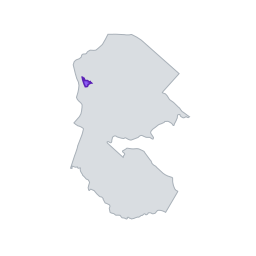 location of Pemba, Southern, Zambia, rotated 132°
{"feature_id": "96606910B89551378676560", "entity_name": "Pemba", "entity_type": "district", "adm_level": 2, "iso_a3": "ZMB", "parent_name": "Zambia", "parent_adm1": "Southern", "projection": "equal_earth", "projection_center": [27.31, -16.765], "detail": "fine", "context": "in_parent", "style": "filled", "palette": "violet", "viewbox_px": 256, "rotation_deg": 132, "n_neighbors": 0, "source": "geoboundaries", "source_scale": "gbopen_adm2", "svg_char_len": 5005}
<svg xmlns="http://www.w3.org/2000/svg" viewBox="0 0 256 256"><g transform="rotate(132 128 128)"><path d="M160.4,171.6L152.0,171.7L148.9,172.5L146.4,173.9L143.4,176.0L141.6,177.5L141.2,178.3L140.9,180.1L140.9,182.9L140.6,184.9L139.7,186.8L135.1,189.0L132.1,190.8L129.2,192.9L127.0,195.7L125.5,199.2L122.9,203.4L117.7,211.0L114.6,212.4L112.1,212.1L109.0,210.5L106.6,210.2L104.8,211.2L103.1,210.9L101.6,209.3L100.3,208.7L99.2,209.1L97.9,209.0L95.5,208.2L93.3,205.5L92.2,204.4L91.3,203.9L88.8,203.5L83.0,202.9L77.0,204.2L71.8,205.6L66.3,199.6L61.1,193.2L60.0,191.6L58.0,189.4L56.6,188.4L56.1,187.9L54.6,182.2L53.8,177.0L53.4,126.4L77.1,126.4L78.7,126.2L78.7,125.7L77.6,123.0L77.7,122.0L77.9,120.2L79.0,116.5L79.0,115.3L78.5,111.3L78.6,109.1L78.8,104.5L78.7,103.0L79.2,101.0L79.4,99.6L79.6,99.0L79.3,97.5L78.8,92.1L78.5,89.8L80.0,90.2L80.5,91.3L80.7,92.5L81.4,92.6L83.1,93.3L83.7,94.3L84.1,96.5L83.8,97.6L83.3,98.4L83.8,99.2L85.0,99.8L85.6,99.6L87.6,98.1L89.3,97.6L90.2,97.2L94.2,96.2L94.9,95.7L95.5,95.7L95.9,96.1L95.5,97.7L95.4,99.0L95.9,101.6L96.3,102.8L97.1,103.6L97.7,104.1L98.4,105.0L99.7,104.9L102.7,106.2L103.7,106.8L104.9,107.4L105.8,107.6L108.9,108.1L112.2,108.8L113.9,108.8L115.1,108.7L116.0,108.3L116.5,107.9L116.7,107.5L118.0,102.7L118.6,102.3L119.4,102.0L119.9,102.5L120.4,105.5L122.8,108.3L123.6,110.6L124.2,112.6L124.7,113.2L125.6,113.8L127.0,114.1L128.3,114.2L134.7,117.5L135.4,118.2L136.2,120.0L136.6,122.0L137.1,123.6L138.0,123.9L138.7,124.1L139.4,125.2L140.0,126.1L141.9,130.1L142.1,131.7L143.0,132.8L144.3,133.2L145.4,133.3L146.1,132.8L147.7,132.0L149.0,131.0L149.9,130.7L150.5,130.9L150.9,131.5L151.2,133.5L152.1,134.2L152.7,133.9L153.0,133.2L153.0,132.8L153.1,111.9L152.5,112.1L151.7,112.7L150.0,112.7L149.4,113.2L149.2,113.8L149.3,114.7L149.3,115.9L149.1,116.4L148.3,116.7L147.3,116.2L145.3,115.6L143.7,115.3L142.6,113.7L141.0,111.3L140.0,110.1L137.5,107.7L137.1,107.2L136.3,106.0L135.7,104.1L135.0,101.8L134.7,100.4L135.3,98.2L136.8,90.9L137.1,88.7L138.3,86.4L138.4,84.3L137.9,81.7L138.1,80.2L138.2,71.9L137.9,69.3L137.1,66.4L135.3,62.3L135.3,61.4L138.1,58.8L138.9,57.8L140.4,55.7L141.3,53.9L142.0,52.4L142.2,50.5L141.7,48.7L142.7,48.3L165.5,43.6L165.8,44.9L166.5,46.9L167.3,48.5L168.3,49.8L169.1,50.6L169.7,50.9L173.2,50.8L174.5,51.6L175.5,52.6L175.8,54.2L176.5,55.2L177.3,56.0L177.7,56.1L178.2,55.9L179.2,55.9L180.0,56.2L180.5,56.6L180.5,57.9L180.8,58.5L181.9,58.7L183.2,58.8L184.3,59.7L185.6,59.9L187.0,60.3L187.7,61.2L189.3,62.2L191.2,63.1L193.3,64.6L193.3,65.1L193.6,65.9L194.0,66.5L194.0,67.5L194.2,68.3L194.7,68.5L195.2,68.6L195.6,68.0L196.2,68.0L196.8,68.4L197.0,69.4L197.5,70.7L198.2,71.6L198.7,72.4L198.5,74.0L198.2,75.5L199.3,76.9L200.6,78.3L201.0,78.9L201.1,80.9L201.3,81.6L202.2,83.2L202.6,84.4L202.6,85.0L200.1,88.3L198.5,88.8L197.9,89.5L197.5,90.2L198.4,93.5L199.0,94.8L198.5,96.3L197.5,99.0L197.0,99.2L196.9,101.3L197.2,102.0L197.7,102.6L197.9,103.9L197.8,107.3L197.2,111.2L198.3,114.6L198.7,114.9L200.2,114.9L200.5,115.2L200.1,116.2L199.0,117.7L197.0,118.8L194.2,120.1L193.6,121.3L193.2,123.1L193.5,124.1L193.9,124.7L193.7,126.2L193.5,127.9L193.5,129.2L193.4,130.3L193.0,130.8L192.5,132.6L191.9,134.3L191.4,135.0L190.7,135.9L189.6,136.5L189.6,136.9L190.9,137.7L191.2,138.2L191.3,138.6L190.8,139.5L191.3,140.0L192.0,140.4L192.7,141.6L193.5,143.7L193.6,143.9L193.8,144.0L194.3,143.7L195.0,142.9L195.6,142.6L196.3,143.8L184.4,149.1L181.6,150.2L177.5,152.0L176.1,152.7L175.0,153.4L164.0,157.6L162.3,158.4L158.4,160.5L158.3,160.8L158.3,161.8L158.7,163.8L159.3,165.6L159.9,166.6L160.3,169.3L160.4,171.6Z" fill="#d9dde1" stroke="#a8b0b8" stroke-width="1"/><path d="M120.9,196.1L121.0,195.9L121.1,195.7L121.4,195.4L121.5,195.2L121.7,194.9L122.0,194.6L122.3,194.2L122.5,193.8L122.6,193.7L123.1,192.9L124.5,190.4L125.1,189.3L125.2,188.8L125.7,187.8L125.9,187.4L124.8,186.2L124.7,186.2L124.4,186.1L124.2,186.0L123.9,186.1L123.7,186.1L123.4,186.1L123.2,186.2L123.2,186.3L122.9,186.5L122.7,186.6L122.4,186.8L122.2,186.7L121.9,186.5L121.7,186.5L121.4,186.4L121.2,186.4L121.0,186.2L120.8,186.1L120.7,186.1L119.6,185.8L119.6,185.7L119.4,185.6L119.2,185.4L119.2,185.5L119.1,185.4L119.1,185.5L119.0,185.4L119.0,185.5L119.0,185.4L118.9,185.4L118.8,185.5L118.9,185.8L119.0,186.0L119.1,186.3L119.1,186.5L119.3,186.6L119.2,186.7L119.3,186.7L119.4,186.8L119.5,186.8L119.5,187.0L119.7,187.3L119.7,187.5L119.7,187.8L119.8,187.9L119.7,187.9L119.8,188.0L119.9,188.3L119.8,188.5L119.7,188.6L119.7,188.8L119.8,189.0L119.8,188.9L119.8,189.0L119.8,189.3L119.8,189.5L119.9,189.8L119.9,190.0L120.0,190.1L120.3,190.2L120.4,190.3L120.4,190.2L120.4,190.3L120.5,190.4L120.5,190.5L120.6,190.8L121.9,192.7L121.8,192.8L121.8,192.7L121.7,192.7L121.7,192.8L121.7,192.7L121.7,192.4L121.6,192.5L121.4,192.7L121.3,192.4L121.2,192.4L121.2,192.5L121.1,192.8L121.0,193.0L120.9,193.1L120.7,193.3L120.6,193.5L120.5,193.9L120.4,194.0L120.5,194.3L120.7,194.2L120.8,194.3L120.9,194.5L120.8,194.9L120.8,195.0L120.7,195.4L120.6,195.7L120.7,195.9L120.9,196.1Z" fill="#8b5cf6" stroke="#5b21b6" stroke-width="1.5"/></g></svg>